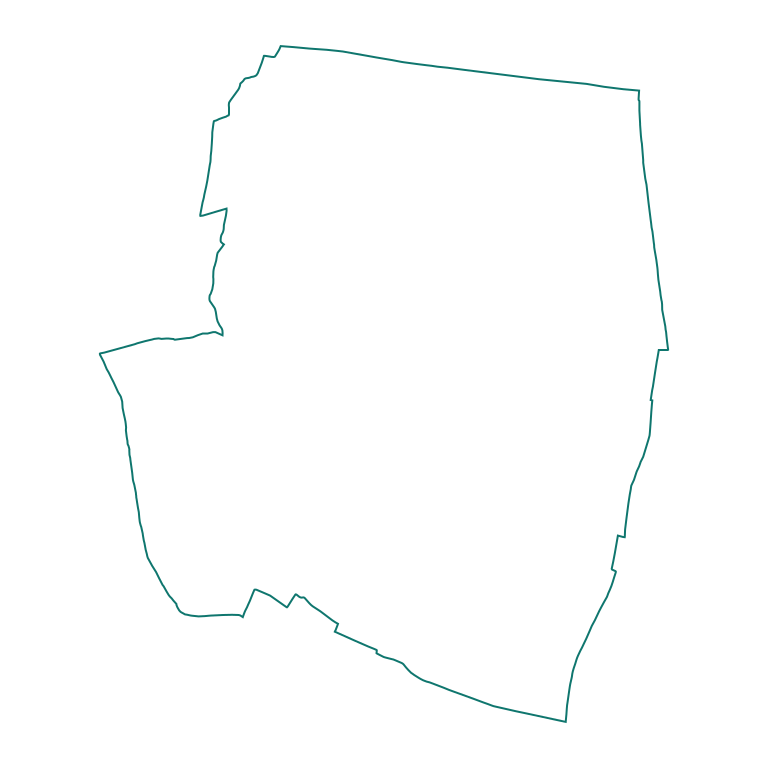 the district of Prawet, Bangkok Metropolis, Thailand
{"feature_id": "78962969B62937206462024", "entity_name": "Prawet", "entity_type": "district", "adm_level": 2, "iso_a3": "THA", "parent_name": "Thailand", "parent_adm1": "Bangkok Metropolis", "projection": "robinson", "projection_center": [100.671, 13.697], "detail": "fine", "context": "isolated", "style": "outline", "palette": "teal", "viewbox_px": 768, "rotation_deg": 0, "n_neighbors": 0, "source": "geoboundaries", "source_scale": "gbopen_adm2", "svg_char_len": 6017}
<svg xmlns="http://www.w3.org/2000/svg" viewBox="0 0 768 768"><path d="M242.8,617.1L244.1,613.5L244.8,611.7L245.5,610.2L247.0,607.3L248.2,604.5L249.9,600.8L252.8,593.5L254.3,590.0L254.5,589.7L255.2,589.6L256.2,589.7L256.6,589.8L264.6,593.2L266.9,594.2L269.9,595.5L270.4,595.8L284.3,605.6L286.6,607.2L286.9,607.3L287.0,607.3L287.2,607.1L287.8,606.4L292.7,598.6L295.3,594.7L295.6,594.4L295.8,594.4L296.2,594.5L296.5,594.6L299.5,597.0L299.8,597.1L301.1,597.6L301.7,597.6L303.5,597.4L303.9,597.5L304.4,597.8L304.8,598.1L309.3,603.2L311.1,605.0L311.6,605.4L312.2,605.9L313.0,606.5L318.7,610.2L320.5,611.4L332.3,620.3L335.5,622.4L338.0,623.8L337.4,625.5L335.5,630.4L334.9,631.4L334.8,631.7L355.6,641.0L368.2,646.5L373.9,648.8L376.2,649.8L376.6,650.0L376.8,650.5L376.5,653.2L376.6,653.3L377.1,653.6L379.2,654.7L382.9,656.6L384.0,657.1L385.4,657.5L388.5,658.3L392.1,659.2L393.4,659.5L395.6,660.4L401.7,663.0L402.5,663.5L403.3,664.1L403.9,664.8L405.9,667.3L408.3,670.0L410.0,671.7L411.2,672.9L412.3,673.6L414.2,675.0L418.8,677.9L420.5,678.9L423.0,680.2L424.5,680.8L426.6,681.6L429.7,682.4L431.3,683.0L443.6,687.7L449.0,689.9L454.2,691.8L474.9,699.3L483.2,702.4L488.0,704.1L491.7,705.5L493.4,706.1L495.5,706.6L505.2,708.8L516.2,711.3L526.7,713.5L527.6,713.7L565.7,721.9L566.4,714.4L566.8,708.6L567.1,705.1L567.5,702.6L569.4,689.3L569.9,686.0L570.3,683.8L571.6,678.1L571.9,676.7L572.3,673.7L572.8,671.4L573.8,668.0L575.2,663.9L576.5,659.6L577.2,657.6L578.0,655.7L580.3,650.8L582.0,647.6L583.9,643.6L586.3,638.6L589.8,630.6L591.8,625.9L594.9,620.2L599.1,611.3L601.4,606.9L604.0,602.1L606.1,598.4L606.8,597.2L607.3,596.0L608.3,593.2L609.8,589.9L610.7,587.7L611.4,586.0L612.1,583.9L612.8,581.8L614.2,577.2L615.7,572.6L615.8,572.0L615.8,571.5L615.6,571.3L615.4,571.1L612.1,569.6L611.9,569.3L611.8,569.1L611.7,568.8L613.3,561.3L614.8,553.4L617.9,535.6L622.7,536.9L623.1,537.0L624.7,537.2L624.8,536.5L625.1,529.5L626.5,518.1L628.4,503.5L629.8,494.4L630.8,489.1L631.0,487.3L631.3,485.6L634.0,479.8L636.2,473.0L636.7,471.5L637.4,470.0L639.1,466.4L640.4,462.7L640.5,462.2L643.2,456.8L648.2,440.4L649.5,435.8L649.7,434.3L649.9,432.1L650.6,422.6L651.3,412.0L651.9,404.5L652.3,400.4L650.7,400.0L652.2,390.1L652.9,386.8L655.0,372.9L656.8,361.4L657.4,358.3L658.8,350.0L667.6,350.0L667.9,349.9L668.1,349.8L668.1,349.6L668.1,349.2L667.8,347.3L667.1,341.7L666.5,336.3L666.1,332.1L665.6,329.5L665.3,326.4L662.2,309.9L662.1,304.5L661.8,301.6L661.4,300.0L660.6,295.2L660.2,291.5L658.4,279.8L657.9,274.3L657.6,270.0L657.4,267.9L656.3,259.7L655.6,255.6L655.0,252.2L654.2,247.3L654.1,244.8L653.8,242.8L652.5,231.9L652.2,230.3L651.6,227.5L651.4,225.6L651.0,222.1L650.8,220.8L648.5,202.5L646.5,184.7L645.3,178.8L643.2,162.7L643.2,160.1L641.9,143.6L641.4,140.5L640.9,135.7L640.1,124.7L640.1,123.5L639.4,110.5L639.4,102.1L639.4,101.5L639.2,100.6L638.8,100.3L638.6,99.7L638.6,98.7L639.1,90.6L623.3,89.2L604.0,86.8L586.6,83.9L538.9,79.2L464.5,69.9L447.4,67.7L437.5,66.7L431.5,65.8L427.1,65.3L417.5,64.1L404.1,62.3L401.5,61.9L392.1,60.1L376.6,57.5L368.8,56.1L342.8,51.5L336.5,50.8L326.8,49.8L309.7,48.6L293.5,47.1L280.7,46.1L279.3,49.4L278.1,51.5L275.3,56.0L275.0,56.5L274.6,56.8L273.6,57.0L271.7,56.9L269.4,56.5L265.4,55.9L264.0,55.8L263.9,55.9L263.8,56.1L263.6,57.1L261.8,62.7L258.1,72.4L257.8,73.2L256.5,75.1L255.9,75.6L255.2,76.0L253.6,76.6L251.2,77.0L249.8,77.6L248.1,78.0L247.9,78.0L245.9,78.3L244.6,78.9L244.4,79.2L243.2,80.9L241.8,82.3L240.5,83.4L240.3,83.7L239.9,85.9L239.2,87.9L238.6,89.1L238.1,89.9L230.8,99.9L229.3,102.2L229.0,103.0L228.8,105.1L229.0,107.5L229.0,114.3L228.6,115.4L227.6,115.7L226.3,116.5L225.9,116.7L222.8,117.7L219.0,119.1L217.0,120.1L215.8,120.6L215.2,120.7L213.9,121.2L213.8,121.5L213.4,123.8L212.3,132.3L212.2,136.8L211.8,143.8L211.3,150.9L210.7,156.0L210.6,159.5L210.4,162.0L209.8,164.9L207.3,180.8L206.2,186.4L204.3,194.8L203.9,197.3L203.3,199.8L202.6,202.3L200.2,215.1L200.4,215.9L202.9,215.6L211.0,213.2L211.6,213.0L226.5,208.6L226.6,210.8L225.9,215.8L223.9,225.0L223.7,229.1L223.4,230.6L222.8,232.5L221.5,234.9L221.2,235.7L220.8,237.6L220.6,240.3L220.8,241.6L221.0,242.0L222.9,243.8L223.5,244.0L223.9,244.5L223.5,244.8L222.6,246.3L217.7,252.7L217.2,254.4L216.2,260.5L214.7,265.9L214.2,267.0L213.6,269.9L213.4,271.6L213.2,277.1L213.4,279.1L213.3,283.4L212.3,289.3L210.7,293.8L209.9,295.0L209.6,295.9L209.4,298.3L209.5,299.9L209.9,301.1L214.3,307.5L215.0,308.8L215.8,311.9L216.8,318.4L217.6,321.4L219.6,325.4L221.3,327.8L221.9,328.9L222.4,330.4L222.6,333.1L222.5,335.3L215.4,332.1L213.2,332.1L207.7,333.5L202.8,333.5L197.8,335.2L192.8,337.3L189.2,338.0L187.0,338.1L180.2,339.0L175.0,339.7L174.4,339.6L173.5,339.0L171.9,338.9L168.3,338.5L166.7,338.5L161.4,338.9L160.0,338.6L158.6,338.4L154.3,338.9L151.8,339.6L150.4,339.9L145.3,341.1L137.2,343.3L134.8,344.2L104.3,352.6L100.2,353.4L99.9,353.6L99.9,354.2L100.1,355.0L100.5,355.7L103.6,361.6L106.7,369.1L108.7,372.5L110.2,375.5L111.3,377.8L113.5,382.1L117.9,391.7L118.4,392.7L118.9,393.4L119.2,394.0L120.0,395.2L120.9,396.9L121.7,399.8L122.2,401.6L122.6,408.0L123.1,410.5L123.8,414.0L124.8,418.4L125.5,421.9L125.5,422.1L125.7,423.5L126.1,427.4L125.9,430.3L126.6,436.1L127.1,439.3L127.4,440.7L127.6,443.6L127.7,444.2L127.9,444.7L128.5,445.9L129.2,448.5L129.3,449.1L129.4,449.8L129.3,450.0L129.3,450.5L129.5,454.9L130.2,457.9L130.4,459.9L131.6,468.5L132.2,472.8L132.9,479.6L133.3,481.5L134.3,484.9L135.7,491.9L135.9,492.9L136.0,494.5L136.2,495.7L136.3,497.6L136.6,499.1L137.0,501.8L138.0,508.0L138.8,512.1L139.3,517.9L139.7,521.3L139.9,522.5L140.7,525.5L141.2,526.8L142.7,533.5L142.9,535.2L143.8,540.5L144.4,542.8L145.7,549.8L146.8,553.9L147.3,556.3L147.8,557.9L152.2,565.9L156.1,572.1L159.1,578.2L162.6,585.0L163.6,586.2L166.5,591.4L168.6,594.9L169.8,596.5L171.7,598.4L173.4,600.6L175.0,602.4L176.4,604.0L176.5,605.1L177.4,607.3L179.2,610.4L180.6,611.9L182.3,612.9L183.1,613.3L185.0,614.4L187.0,614.7L190.5,615.5L191.9,615.7L198.6,616.4L204.9,616.1L210.4,615.6L223.1,615.0L232.0,614.8L238.8,615.0L240.4,615.5L242.8,617.1Z" fill="none" stroke="#0f766e" stroke-width="2"/></svg>